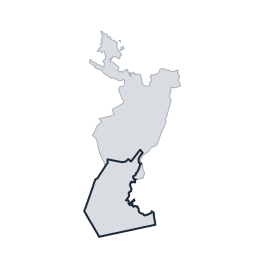 Uzbekistan, with Karakalpakstan highlighted, rotated 256°
{"feature_id": "UZB-356", "entity_name": "Karakalpakstan", "entity_type": "Automonous Region", "adm_level": 1, "iso_a3": "UZB", "parent_name": "Uzbekistan", "parent_adm1": "", "projection": "orthographic", "projection_center": [58.854, 43.272], "detail": "fine", "context": "in_parent", "style": "outline", "palette": "slate", "viewbox_px": 256, "rotation_deg": 256, "n_neighbors": 0, "source": "natural_earth", "source_scale": "10m", "svg_char_len": 7251}
<svg xmlns="http://www.w3.org/2000/svg" viewBox="0 0 256 256"><g transform="rotate(256 128 128)"><path d="M197.7,108.8L201.1,106.4L203.3,107.4L203.5,108.0L201.5,109.6L199.6,110.7L199.2,112.4L197.4,113.4L195.7,116.1L192.9,118.9L192.9,119.4L193.2,119.7L194.3,119.8L196.5,120.9L198.4,119.8L198.9,119.9L199.6,120.6L200.4,122.7L201.4,123.1L204.4,123.8L206.6,123.5L207.7,123.8L207.9,123.6L207.6,120.4L208.6,120.7L209.5,120.2L209.6,118.6L209.3,117.5L209.9,116.8L210.3,117.2L210.5,118.1L211.7,118.6L212.6,120.0L213.1,121.8L215.2,122.0L215.9,121.5L216.5,121.6L217.1,123.9L217.4,124.0L219.1,123.2L220.8,123.9L222.9,125.4L224.9,125.1L225.3,125.4L226.7,124.9L228.4,125.1L228.5,125.3L228.3,125.8L224.7,128.5L223.9,130.2L223.1,130.8L220.6,130.4L220.4,131.3L220.9,132.1L220.5,133.2L219.3,133.0L219.0,132.6L217.8,133.0L216.7,134.7L216.2,136.1L215.0,136.7L213.4,138.2L212.5,137.4L211.2,137.7L209.4,136.9L208.6,136.9L201.1,139.3L200.5,139.2L199.5,137.6L197.5,136.9L197.4,136.1L200.9,132.0L201.2,130.8L199.8,130.4L199.9,129.4L197.0,126.9L196.5,126.8L196.2,127.0L195.5,129.2L189.3,133.8L188.2,133.5L186.6,132.4L185.5,132.0L184.4,133.3L184.7,134.7L183.5,135.9L185.1,139.5L185.0,140.0L184.2,140.2L185.0,141.5L184.5,141.8L181.2,141.6L177.5,142.9L177.7,143.5L181.0,143.0L181.5,143.2L181.6,143.6L181.5,144.0L179.7,144.5L179.6,145.1L180.7,146.6L180.3,147.0L179.7,146.8L179.3,147.9L178.1,148.0L177.9,151.2L177.0,152.5L175.8,153.2L167.6,152.6L165.6,153.8L164.3,155.4L163.7,159.0L163.9,159.3L167.5,160.3L168.2,162.4L172.5,162.1L173.2,162.3L173.6,162.8L173.9,163.4L173.0,166.9L173.8,169.9L174.6,171.3L177.4,173.6L177.4,175.1L177.0,176.5L176.4,177.7L175.7,178.3L174.8,179.8L174.0,181.7L172.4,184.2L171.9,185.6L172.1,189.3L171.7,190.5L171.6,190.1L170.9,189.7L169.0,189.8L168.6,189.4L166.3,190.5L164.7,190.3L163.0,188.9L160.0,188.6L156.3,189.3L155.8,185.4L155.8,182.5L156.8,180.1L156.8,179.7L156.1,179.0L153.8,178.6L151.0,177.0L148.4,176.0L147.0,175.8L145.5,176.5L144.1,176.5L137.2,172.3L131.4,169.3L127.5,166.1L125.7,166.6L120.7,163.7L117.4,160.5L106.8,153.5L104.7,151.8L104.2,150.9L103.2,146.3L102.2,144.2L100.8,143.1L99.7,140.9L97.8,135.6L97.2,134.6L94.0,132.4L92.3,131.9L91.0,132.4L90.4,133.3L89.3,133.4L84.9,132.6L80.1,133.1L75.7,130.4L75.5,130.0L75.5,129.2L76.3,127.3L76.1,126.6L75.5,125.7L75.5,124.8L75.9,124.2L76.7,124.4L76.9,124.1L76.8,123.6L75.8,122.5L73.9,121.4L74.3,120.7L74.3,119.0L74.6,118.0L74.4,117.7L72.9,116.4L68.2,116.4L67.0,116.0L66.1,115.5L65.2,113.6L64.8,113.1L61.5,112.3L58.2,108.9L57.6,110.5L56.9,110.7L54.4,110.3L53.2,111.3L56.2,114.7L56.9,115.8L56.9,116.4L56.0,116.5L55.2,114.9L54.7,114.4L51.7,113.4L50.8,114.5L50.5,115.8L49.2,118.1L47.7,118.4L44.2,118.5L43.1,119.0L42.4,119.6L41.0,121.6L39.3,123.1L39.7,129.5L40.9,131.1L39.7,132.4L27.5,131.1L29.4,73.8L46.1,68.8L58.0,65.5L85.3,83.4L86.0,84.1L86.4,85.6L87.1,86.9L96.8,97.1L110.5,94.4L124.5,94.8L129.5,91.8L134.0,96.2L136.6,97.6L140.7,104.1L143.9,102.0L144.0,110.2L143.8,112.7L144.2,117.5L149.8,117.1L151.7,124.8L153.4,129.6L154.7,130.1L165.3,128.3L166.2,128.6L167.6,127.9L168.8,129.3L170.0,130.3L169.6,133.8L171.0,135.0L174.2,136.2L176.0,135.9L176.3,135.3L176.1,134.5L175.6,133.8L175.5,132.8L175.7,132.0L177.2,129.2L179.8,126.3L180.4,125.3L180.4,123.7L181.3,122.7L183.7,121.4L184.0,120.5L186.7,118.1L190.0,116.4L191.4,115.1L192.6,113.0L194.5,110.6L195.3,110.5L196.0,111.0L196.5,111.0L197.7,108.8ZM199.6,127.9L199.1,127.0L198.5,126.7L198.3,126.9L199.3,128.0L199.6,127.9ZM208.3,143.1L206.0,143.4L206.2,141.9L205.2,141.3L205.0,140.5L205.1,139.8L205.6,139.5L206.4,140.5L208.2,140.7L207.8,141.8L208.3,142.9L208.3,143.1ZM214.9,140.5L214.6,141.9L213.6,141.5L213.7,141.1L214.9,140.5Z" fill="#d9dde1" stroke="#a8b0b8" stroke-width="1"/><path d="M63.5,69.2L64.2,69.6L66.1,70.9L68.2,72.3L70.3,73.7L72.6,75.2L74.8,76.6L77.0,78.1L79.0,79.4L80.9,80.6L82.6,81.6L83.9,82.5L84.9,83.1L85.6,83.6L85.9,83.9L86.1,84.3L86.2,84.7L86.3,85.5L86.4,85.8L87.1,86.9L88.5,88.2L89.1,88.9L89.7,89.5L90.5,90.4L91.2,91.1L91.9,91.9L92.6,92.6L93.2,93.3L93.9,94.0L94.5,94.7L95.2,95.5L95.9,96.2L96.8,97.1L97.0,97.2L97.2,97.3L98.5,99.3L99.1,99.8L102.2,100.5L102.4,100.6L102.4,100.8L102.4,101.0L99.5,107.0L96.8,112.8L96.2,114.3L96.0,117.5L96.1,117.9L97.5,120.3L97.7,120.7L97.7,120.8L97.6,121.0L95.1,122.5L94.9,122.7L94.9,122.9L95.0,123.1L100.2,129.8L103.8,134.3L103.8,134.6L101.2,135.9L100.6,136.2L100.4,136.1L100.2,136.0L98.7,133.8L96.6,131.7L95.9,131.2L95.3,130.8L94.8,130.6L92.5,130.2L91.9,130.2L91.6,130.2L91.4,130.3L91.3,130.5L91.1,130.7L90.6,131.6L90.4,131.8L90.1,131.8L89.9,131.7L89.6,131.6L89.5,131.2L89.3,130.9L88.7,130.3L88.4,130.1L87.8,130.0L87.5,129.9L87.1,129.6L86.7,129.1L86.4,129.0L86.1,128.9L83.3,126.5L82.9,126.1L82.6,125.5L82.4,124.9L82.2,124.7L81.5,124.6L81.2,124.5L81.0,124.4L80.9,124.2L80.5,123.6L80.4,123.2L80.1,122.7L80.0,121.8L79.9,121.5L79.7,121.3L79.2,121.3L78.6,121.1L78.2,120.9L77.9,121.0L77.7,121.2L77.1,121.6L76.9,121.7L76.6,121.7L76.4,121.7L76.3,121.8L76.3,122.0L76.5,122.3L76.5,122.5L76.4,122.8L76.2,123.0L76.0,122.6L75.6,122.3L74.4,121.8L73.8,121.9L73.6,121.8L73.5,121.6L73.5,121.4L73.6,121.2L73.8,121.1L74.5,120.9L74.5,120.2L74.2,119.5L74.3,118.8L74.5,118.6L74.8,118.5L75.0,118.4L75.0,118.1L74.9,117.9L74.6,117.7L74.1,117.6L73.7,117.2L73.3,116.7L73.0,116.3L72.4,116.2L71.9,116.3L70.9,116.2L68.5,116.6L67.9,116.6L67.6,116.5L67.1,116.0L66.8,115.9L66.3,115.9L65.9,115.7L65.8,115.4L65.6,114.2L65.5,113.9L65.4,113.6L64.6,112.9L64.3,112.7L64.0,112.7L63.7,112.9L63.4,113.0L63.0,113.0L62.5,112.9L61.7,112.6L60.9,111.8L58.5,108.9L58.2,108.7L58.0,109.1L57.8,110.4L57.6,110.9L57.1,111.0L56.5,111.0L55.9,110.8L54.7,110.3L54.4,110.3L54.2,110.4L53.6,110.8L53.1,110.9L52.9,111.1L52.8,111.3L52.9,111.6L53.1,111.8L54.5,112.5L54.9,112.8L55.3,113.4L55.6,114.1L56.4,115.5L56.9,116.1L57.0,116.2L57.1,116.3L57.1,116.5L56.9,116.5L56.2,116.7L55.8,116.4L55.8,116.1L55.9,115.9L56.0,115.6L55.8,115.0L55.5,114.6L55.2,114.3L54.0,113.8L53.8,113.7L53.5,113.8L53.1,114.0L52.9,114.0L52.8,113.9L52.5,113.5L52.3,113.3L52.1,113.2L51.9,113.2L51.6,113.3L51.4,113.4L51.3,113.5L51.2,113.7L50.9,114.0L50.5,114.2L50.3,114.3L50.4,114.7L50.6,115.3L50.7,115.5L50.6,115.9L50.1,117.0L49.9,117.1L49.5,117.3L49.4,117.5L49.5,117.7L49.6,117.9L49.6,118.1L49.4,118.2L49.2,118.3L48.4,118.2L48.1,118.3L47.5,118.6L47.0,118.7L45.3,118.4L44.2,118.4L43.1,118.9L42.2,119.8L41.5,121.0L41.0,121.7L40.6,122.0L39.4,122.5L39.1,123.0L39.1,123.6L39.3,124.8L39.3,125.4L39.2,125.9L39.1,126.4L39.3,126.9L39.6,127.4L39.7,127.8L39.7,128.2L39.7,128.8L39.8,129.2L39.9,129.7L40.1,130.1L40.4,130.3L40.5,130.5L41.3,130.7L41.4,130.8L41.2,131.1L40.4,131.5L40.2,131.8L39.8,132.4L39.6,132.5L38.2,132.2L37.1,131.9L34.4,131.7L34.0,131.7L31.6,131.5L29.4,131.3L27.5,131.1L27.6,127.6L27.7,124.0L27.9,120.4L28.0,116.8L28.1,113.2L28.2,109.6L28.3,106.0L28.5,102.5L28.6,98.9L28.7,95.3L28.8,91.7L29.0,88.1L29.1,84.5L29.2,81.0L29.3,77.4L29.4,73.8L29.5,73.8L29.5,73.7L30.5,73.4L31.6,73.1L32.6,72.8L33.7,72.5L34.7,72.2L35.7,71.9L36.8,71.6L37.6,71.4L37.8,71.3L38.9,71.0L39.9,70.7L41.0,70.4L42.0,70.1L43.0,69.8L44.1,69.5L45.1,69.2L46.1,68.8L47.5,68.4L48.9,68.0L50.3,67.6L51.7,67.2L52.3,67.0L52.9,66.9L53.6,66.7L54.2,66.5L54.9,66.3L55.5,66.1L56.2,65.9L56.8,65.7L57.7,65.5L58.0,65.5L58.3,65.6L59.1,66.2L59.4,66.4L60.0,66.8L61.1,67.6L62.5,68.5L63.5,69.2Z" fill="none" stroke="#1e293b" stroke-width="2"/></g></svg>